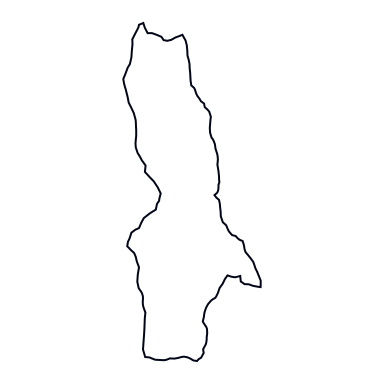 the district of Bomachoge Chache, Nyanza, Kenya
{"feature_id": "3690345B65258571851787", "entity_name": "Bomachoge Chache", "entity_type": "district", "adm_level": 2, "iso_a3": "KEN", "parent_name": "Kenya", "parent_adm1": "Nyanza", "projection": "natural_earth1", "projection_center": [34.714, -0.804], "detail": "fine", "context": "isolated", "style": "outline", "palette": "ink", "viewbox_px": 384, "rotation_deg": 0, "n_neighbors": 0, "source": "geoboundaries", "source_scale": "gbopen_adm2", "svg_char_len": 2860}
<svg xmlns="http://www.w3.org/2000/svg" viewBox="0 0 384 384"><path d="M182.4,34.8L179.0,36.2L175.4,37.5L171.2,39.9L167.2,40.8L163.6,40.1L161.4,36.8L156.9,34.9L151.9,33.1L147.6,33.1L144.8,27.7L143.3,23.0L139.0,24.8L138.5,27.1L137.9,28.5L135.2,33.6L132.3,39.4L132.5,44.3L131.9,50.2L131.4,57.4L129.9,64.0L127.6,67.9L125.2,74.4L123.3,79.0L123.6,81.0L124.1,83.7L125.0,87.1L125.6,88.9L126.4,92.1L127.3,95.6L127.7,97.4L128.7,102.6L131.1,107.4L133.8,113.1L135.4,119.0L135.7,120.4L135.9,123.8L136.0,126.7L136.2,130.3L136.2,135.9L135.7,140.9L135.5,143.5L135.8,147.5L137.6,152.9L140.0,156.8L141.9,160.4L145.6,165.5L144.9,171.9L149.4,176.8L153.8,181.4L157.7,187.3L160.7,193.4L159.3,198.9L159.1,200.8L157.0,203.9L155.8,209.6L149.9,213.3L143.8,218.1L141.3,222.7L139.0,228.1L135.4,229.7L131.4,232.7L129.6,238.4L128.0,241.7L127.2,246.2L131.0,250.1L134.2,253.1L135.8,257.0L136.8,261.4L139.0,267.3L137.8,274.5L137.3,281.7L138.7,288.2L141.2,291.8L141.9,293.1L142.8,295.8L143.0,297.9L142.8,301.2L142.8,304.0L143.4,307.1L144.8,310.9L145.4,312.7L144.8,318.2L144.6,323.4L144.4,328.9L144.0,335.7L143.5,342.3L143.0,349.5L145.2,357.0L147.0,357.2L149.5,357.4L151.0,358.1L155.1,359.7L160.0,360.0L164.2,360.2L166.7,359.7L169.9,358.4L174.4,358.6L177.7,358.0L180.1,357.4L182.4,356.8L184.3,356.7L187.0,357.2L188.9,357.9L191.1,359.0L192.4,359.9L193.6,360.5L197.1,361.0L198.6,359.2L201.1,357.7L202.2,355.7L203.7,353.0L203.1,349.4L204.1,347.4L205.5,344.9L206.2,343.0L206.7,339.4L206.7,337.3L207.2,333.3L207.0,328.9L206.3,327.0L204.6,324.5L203.7,323.1L202.8,321.5L204.0,316.4L204.2,314.0L204.7,311.8L206.1,307.7L208.0,304.2L210.7,301.0L211.8,300.0L212.9,299.2L215.2,297.9L216.2,296.5L217.9,293.0L219.6,288.0L222.7,283.7L224.9,279.1L227.5,275.4L231.4,276.7L235.1,277.3L240.2,276.0L240.8,281.5L242.7,282.8L244.5,284.1L248.8,284.3L252.9,285.8L257.6,286.7L260.6,287.1L260.7,284.9L260.7,280.6L259.0,276.4L257.2,271.9L255.5,268.5L255.0,267.1L254.5,265.4L253.3,262.0L250.8,258.5L249.9,257.4L248.4,255.5L245.6,252.2L244.6,249.4L244.0,245.6L243.4,243.4L242.6,241.0L239.4,239.7L237.6,238.2L235.6,236.0L232.1,235.1L228.9,231.4L227.8,229.2L226.2,225.3L222.8,222.2L221.6,218.7L220.8,216.2L220.6,211.3L220.1,207.1L220.0,205.6L219.8,203.6L219.0,199.9L216.5,197.7L215.5,196.5L214.5,195.1L217.2,192.7L217.9,191.2L218.4,189.0L218.5,186.3L218.5,184.8L219.4,182.0L219.1,180.2L219.0,176.1L218.4,170.6L217.4,164.7L217.9,159.6L217.6,156.0L217.1,153.6L216.6,152.1L215.5,148.6L214.9,144.2L213.7,140.9L212.6,138.9L211.6,137.8L210.1,132.8L209.8,128.0L210.2,123.2L210.5,119.2L210.9,116.9L209.2,111.6L207.6,109.7L204.8,107.2L204.0,103.5L201.0,101.3L199.4,98.6L197.4,96.0L196.6,94.4L196.0,93.0L195.0,89.7L194.1,87.9L191.3,85.4L190.6,80.8L190.5,79.3L190.4,77.3L190.2,73.5L190.0,71.1L189.7,68.8L189.5,64.0L188.7,59.8L187.5,55.8L187.3,50.6L186.8,45.4L185.6,40.6L182.4,34.8Z" fill="none" stroke="#020617" stroke-width="2"/></svg>